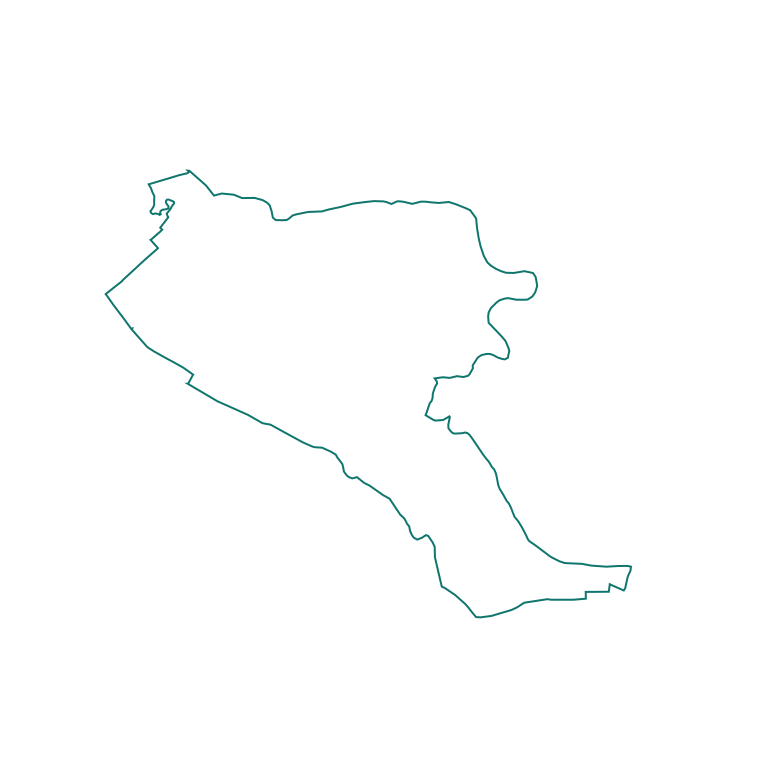 the district of Banjul North, Banjul, Gambia, rotated 198°
{"feature_id": "56634734B93236052329958", "entity_name": "Banjul North", "entity_type": "district", "adm_level": 2, "iso_a3": "GMB", "parent_name": "Gambia", "parent_adm1": "Banjul", "projection": "mercator", "projection_center": [-16.6, 13.458], "detail": "fine", "context": "isolated", "style": "outline", "palette": "teal", "viewbox_px": 768, "rotation_deg": 198, "n_neighbors": 0, "source": "geoboundaries", "source_scale": "gbopen_adm2", "svg_char_len": 4119}
<svg xmlns="http://www.w3.org/2000/svg" viewBox="0 0 768 768"><g transform="rotate(198 384 384)"><path d="M570.7,323.6L567.2,322.8L537.1,316.1L506.8,312.9L503.8,312.6L487.5,309.2L481.1,310.0L479.7,310.3L463.4,307.2L443.1,303.4L433.2,302.4L430.7,302.4L423.2,304.3L417.8,303.7L414.0,303.3L408.0,301.9L405.8,299.8L402.6,297.6L398.7,294.8L396.6,291.2L395.1,288.4L392.3,286.3L389.8,284.9L387.3,284.5L384.8,284.5L380.9,287.1L372.7,283.9L366.3,282.9L359.5,280.8L350.3,278.0L343.2,276.6L328.1,264.7L323.5,262.6L320.3,259.8L319.2,258.4L316.0,256.3L313.8,252.3L310.6,248.8L308.1,247.0L304.2,246.3L300.0,249.9L297.5,253.2L295.0,253.2L288.6,248.2L285.4,244.7L282.1,235.1L270.3,215.5L266.4,209.1L263.2,208.8L251.1,205.3L239.0,200.0L234.7,197.5L229.0,193.6L224.4,190.8L220.1,191.9L210.2,196.6L192.9,208.5L188.3,212.8L183.1,219.3L162.2,229.8L158.3,230.5L137.1,237.4L125.7,242.2L127.9,248.6L106.0,255.9L107.4,263.3L92.2,261.7L91.5,264.2L92.6,275.6L92.6,276.7L91.9,282.7L92.7,286.6L95.9,286.3L104.7,283.4L116.0,279.0L130.9,275.3L139.8,274.2L156.6,269.6L162.3,269.6L169.0,270.6L172.6,271.3L190.0,277.3L197.1,279.4L199.2,280.8L201.7,283.6L208.2,290.0L213.9,294.9L218.9,298.1L225.3,305.9L228.2,308.8L231.4,310.9L236.7,315.9L241.7,320.1L244.2,323.3L246.7,327.9L248.5,331.1L250.0,333.6L252.8,336.8L256.0,338.6L260.3,342.5L263.2,344.2L267.8,347.4L274.2,352.4L282.8,359.1L286.7,361.9L289.2,363.0L291.7,363.0L294.8,361.2L301.6,358.6L303.7,358.6L306.5,360.0L309.0,361.8L310.3,365.2L311.1,372.7L311.8,373.4L316.7,368.0L323.8,365.1L325.9,365.1L326.3,365.2L334.8,367.2L334.7,369.2L334.5,380.0L333.5,382.5L333.5,385.7L334.6,390.0L334.6,395.0L334.3,398.6L333.6,400.7L334.7,402.9L337.5,405.0L334.0,406.7L330.1,408.6L323.4,410.1L317.0,414.0L310.6,415.2L306.7,417.7L305.7,419.5L304.3,426.3L305.4,429.1L303.0,438.1L301.6,439.9L300.2,441.6L295.9,444.2L292.7,445.3L289.2,445.3L283.8,444.3L280.3,444.3L276.8,444.7L274.3,447.2L274.7,450.0L275.0,454.0L276.8,456.8L281.8,462.5L286.6,465.5L301.6,473.6L303.4,474.6L304.8,477.9L305.9,480.7L306.6,484.6L305.6,489.6L302.1,496.4L300.0,499.3L296.1,502.2L292.6,504.0L284.1,505.1L275.9,507.7L273.4,508.8L269.9,513.1L268.5,518.1L268.6,524.5L270.4,528.1L272.9,532.7L276.5,535.5L277.5,535.5L285.3,534.7L294.9,529.7L302.3,527.5L307.6,527.5L313.0,528.1L318.6,529.5L323.3,531.6L328.6,536.6L334.7,544.8L339.0,551.9L343.7,561.1L347.6,570.0L355.7,575.9L361.0,576.5L371.6,577.2L378.7,577.1L387.6,573.2L395.4,571.3L401.0,570.2L405.3,568.8L412.7,564.1L421.9,563.3L425.4,562.6L427.9,561.8L432.5,557.5L437.8,557.8L441.0,557.5L449.9,554.9L458.0,551.3L469.3,545.9L479.9,539.0L490.5,532.9L496.5,528.9L509.3,524.2L520.2,518.0L523.1,515.9L525.2,512.3L527.3,509.8L531.5,508.3L537.5,506.5L537.9,506.5L541.1,507.9L544.3,513.6L547.9,518.6L551.1,520.3L556.4,521.4L564.6,521.0L576.3,517.0L585.5,517.6L597.2,515.0L603.4,511.0L603.8,510.8L603.9,510.7L604.9,511.3L614.6,517.8L634.9,526.6L636.4,526.3L634.8,525.5L636.3,523.6L643.2,519.4L669.5,501.2L668.7,500.4L666.4,498.5L663.3,494.6L663.2,494.5L660.5,491.8L659.4,487.9L658.5,485.1L658.4,484.8L658.0,483.8L658.0,481.3L659.3,476.3L659.5,476.0L658.2,474.6L656.1,474.2L654.3,475.5L651.4,475.9L649.7,475.5L648.8,476.4L649.8,477.4L649.9,479.5L648.7,481.2L645.1,482.9L643.3,484.5L643.9,486.5L645.0,487.1L647.0,488.7L647.9,490.2L647.5,492.1L645.7,492.9L640.2,492.4L639.5,490.9L640.7,487.4L641.2,484.3L643.3,478.9L641.8,476.9L641.4,476.5L640.7,475.9L645.1,463.5L642.6,462.2L643.1,461.3L643.7,460.2L644.1,459.4L645.1,457.8L646.0,456.3L646.5,455.4L647.7,453.4L650.3,449.1L650.5,448.9L644.1,445.2L643.7,445.0L641.0,443.4L640.9,443.3L643.2,439.4L643.9,438.2L645.2,436.1L646.2,434.3L646.6,433.7L648.9,429.9L650.0,427.9L652.5,423.6L653.8,421.2L657.2,415.1L658.8,412.3L663.8,403.4L665.0,401.2L665.0,400.7L666.3,398.8L670.0,393.3L673.9,387.4L676.4,383.7L676.5,383.5L676.2,383.3L675.6,382.9L674.6,382.2L665.8,375.6L664.2,374.5L660.5,371.9L650.7,365.1L642.4,359.0L641.6,358.5L640.5,359.1L640.6,357.8L620.7,346.1L619.3,345.6L612.3,343.8L607.2,342.8L603.0,341.9L595.4,340.5L592.9,340.1L579.8,337.5L570.9,334.7L568.4,333.9L568.5,333.7L570.4,323.7L570.7,323.6Z" fill="none" stroke="#0f766e" stroke-width="2"/></g></svg>